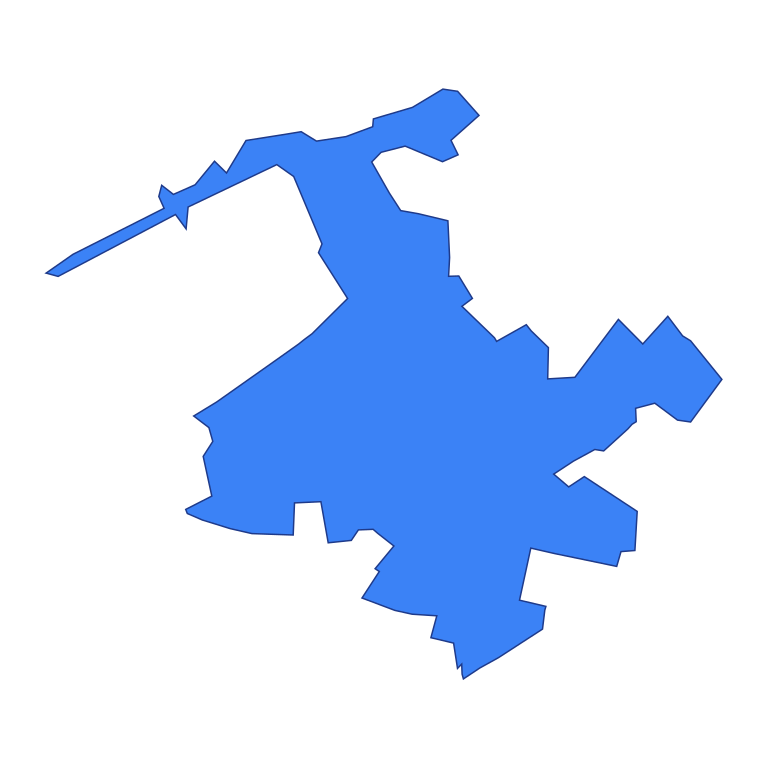 Nurafshon city, Tashkent, Uzbekistan
{"feature_id": "79887680B3865119870711", "entity_name": "Nurafshon city", "entity_type": "district", "adm_level": 2, "iso_a3": "UZB", "parent_name": "Uzbekistan", "parent_adm1": "Tashkent", "projection": "orthographic", "projection_center": [69.353, 41.047], "detail": "fine", "context": "isolated", "style": "filled", "palette": "blue", "viewbox_px": 768, "rotation_deg": 0, "n_neighbors": 0, "source": "geoboundaries", "source_scale": "gbopen_adm2", "svg_char_len": 1555}
<svg xmlns="http://www.w3.org/2000/svg" viewBox="0 0 768 768"><path d="M451.0,140.3L479.0,115.4L457.6,91.3L442.9,89.1L412.4,107.4L373.4,118.9L372.7,126.7L346.0,136.6L316.5,141.1L301.2,131.7L284.1,134.5L246.0,140.5L226.5,173.0L214.5,161.2L195.1,184.8L173.4,194.4L161.7,185.3L158.8,196.5L164.1,208.3L73.0,254.3L46.1,273.1L58.1,276.4L175.5,214.5L186.1,228.9L188.1,207.0L276.8,164.6L293.7,176.5L322.0,243.9L318.5,252.7L347.6,298.5L312.0,333.8L304.3,339.5L298.7,344.0L276.6,359.7L216.5,402.1L193.7,416.0L208.9,427.6L212.8,441.4L203.2,456.4L211.8,496.1L185.7,509.4L187.3,513.5L202.3,520.0L230.1,528.6L251.9,533.6L293.2,535.0L294.5,502.9L320.9,501.7L328.2,542.8L351.3,540.4L358.4,529.9L373.1,529.3L377.7,533.3L393.9,546.0L375.1,568.7L379.3,571.5L362.0,598.0L394.9,610.4L412.1,614.2L436.8,615.8L430.9,637.7L453.6,643.1L457.5,668.4L461.7,664.1L462.1,674.2L463.4,678.9L479.8,668.0L498.4,657.7L542.5,629.1L544.8,610.2L545.9,606.4L519.5,600.2L530.8,548.1L554.8,553.6L616.7,566.4L621.0,551.6L634.9,550.5L637.2,511.4L584.3,476.6L568.7,486.9L553.7,474.1L573.5,461.1L594.8,449.5L603.7,450.9L627.9,428.9L632.0,424.3L636.2,421.7L635.6,408.3L654.8,403.2L677.5,420.1L690.6,422.0L721.9,379.4L690.6,340.8L682.6,335.9L667.8,316.3L642.8,344.0L618.4,319.4L574.9,377.3L547.7,378.9L548.4,347.6L531.2,330.9L526.3,324.7L496.6,341.4L494.5,337.8L461.9,306.3L472.4,298.4L458.8,276.0L448.6,276.3L449.6,257.5L447.9,220.8L418.3,213.7L400.7,210.6L389.3,193.0L371.7,162.0L381.1,152.3L405.1,146.1L442.5,161.7L458.1,154.8L451.0,140.3Z" fill="#3b82f6" stroke="#1e3a8a" stroke-width="1.5"/></svg>